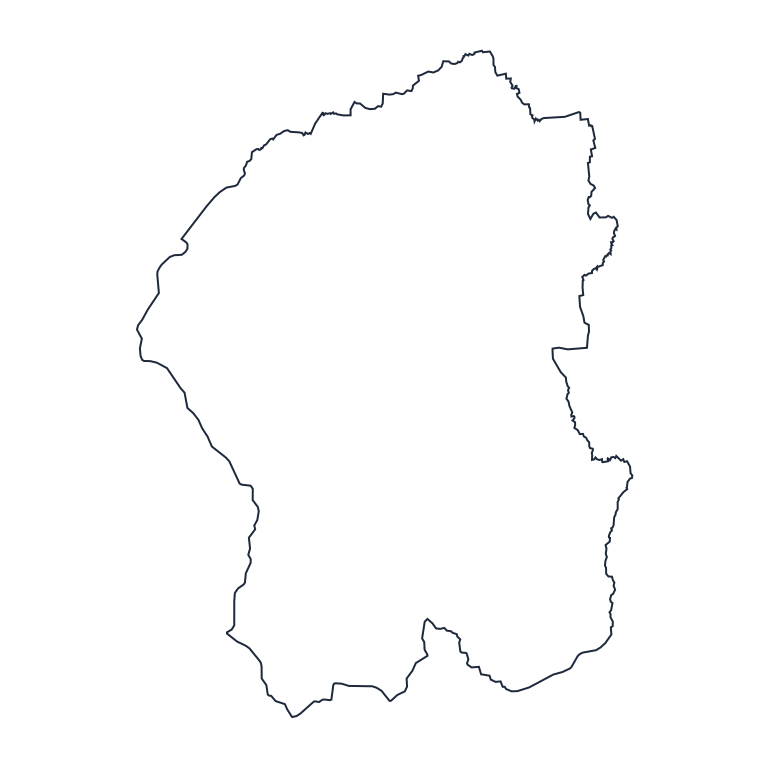 the district of Na Yong, Trang, Thailand, rotated 178°
{"feature_id": "78962969B91154230125686", "entity_name": "Na Yong", "entity_type": "district", "adm_level": 2, "iso_a3": "THA", "parent_name": "Thailand", "parent_adm1": "Trang", "projection": "equal_earth", "projection_center": [99.716, 7.559], "detail": "fine", "context": "isolated", "style": "outline", "palette": "slate", "viewbox_px": 768, "rotation_deg": 178, "n_neighbors": 0, "source": "geoboundaries", "source_scale": "gbopen_adm2", "svg_char_len": 6116}
<svg xmlns="http://www.w3.org/2000/svg" viewBox="0 0 768 768"><g transform="rotate(178 384 384)"><path d="M145.8,539.7L148.6,543.1L150.3,542.1L154.2,544.2L156.5,542.8L162.8,542.9L166.2,548.0L168.8,546.8L172.0,541.7L174.2,546.8L173.5,553.2L172.1,555.4L173.4,556.5L174.0,560.8L172.9,563.7L172.0,563.4L170.4,564.7L169.9,568.8L166.2,572.5L167.6,575.1L170.7,576.8L172.6,580.3L171.6,584.1L172.5,597.8L170.5,598.4L170.3,604.0L168.1,604.3L169.1,611.2L164.6,612.5L166.3,620.1L164.6,621.6L166.9,634.5L167.9,634.4L168.4,635.4L170.0,635.0L171.0,641.7L178.3,641.2L178.4,648.1L179.6,649.0L194.0,644.7L215.0,644.2L217.5,643.3L219.1,641.3L219.6,642.3L221.0,641.8L221.3,643.1L222.5,642.8L223.0,643.8L224.4,641.2L224.6,643.2L226.4,644.6L226.8,646.3L226.2,647.3L228.3,648.4L228.4,654.6L229.3,655.4L229.4,658.5L234.1,658.6L236.1,660.2L237.4,663.2L240.5,666.7L241.0,669.3L238.5,670.2L239.1,674.0L241.5,675.1L241.1,677.3L241.8,677.3L243.6,674.5L246.0,675.1L246.1,675.9L245.1,677.6L247.3,681.5L246.6,684.9L251.2,684.9L251.4,689.9L259.9,688.2L261.9,691.9L262.0,696.8L263.5,699.2L263.2,705.2L263.9,707.8L266.6,712.6L273.5,712.1L274.5,713.6L282.0,712.1L282.2,710.6L284.4,709.7L287.2,711.0L288.2,709.3L291.1,710.8L291.9,709.2L293.1,708.9L293.0,707.7L294.1,706.6L294.8,704.4L296.9,702.8L298.6,703.5L299.5,702.2L302.3,701.3L305.8,702.0L307.8,704.1L313.5,704.5L315.3,699.0L318.9,695.5L323.8,693.6L328.9,694.7L336.1,691.5L339.1,690.9L338.5,685.8L344.7,681.2L344.9,678.5L346.3,675.8L350.7,676.6L353.9,673.5L355.8,673.0L362.1,674.8L364.5,673.4L368.4,673.0L374.7,674.1L375.5,664.4L377.2,661.2L380.2,661.9L383.5,659.4L388.6,659.2L393.1,660.6L398.1,665.1L401.6,665.4L403.6,666.9L407.8,659.8L408.0,653.7L414.9,653.8L421.3,655.1L422.5,656.1L424.6,655.8L425.3,657.2L427.8,655.8L428.3,656.5L431.3,656.0L432.9,656.6L434.8,654.7L435.7,655.5L435.3,656.9L436.0,657.2L443.7,646.7L448.5,636.5L449.7,637.4L451.3,636.5L453.7,638.1L454.7,635.8L455.6,635.3L456.9,637.6L459.9,638.4L468.8,639.3L471.3,641.0L475.0,640.3L479.1,637.7L482.7,636.7L486.2,632.3L487.0,633.2L489.1,632.7L493.5,627.5L495.5,626.7L497.3,623.9L498.4,624.1L498.8,622.9L500.5,622.2L501.5,623.3L503.3,623.1L507.9,620.3L508.8,613.3L510.8,611.5L513.0,610.9L514.4,607.1L516.5,604.7L516.6,602.4L515.6,599.3L516.4,597.3L519.9,594.8L523.4,588.5L525.7,587.2L534.6,585.8L541.3,581.6L546.9,576.7L555.1,567.8L581.3,536.0L576.6,532.4L575.5,530.4L575.7,526.1L577.9,522.9L581.6,520.2L589.2,520.0L593.7,518.4L602.1,511.0L604.2,508.2L606.3,504.6L606.8,501.6L605.8,482.8L617.4,466.7L623.5,456.5L627.7,451.3L629.0,447.1L624.4,437.7L626.7,428.2L626.3,420.3L624.7,416.4L623.0,415.4L616.7,415.0L610.2,413.2L600.3,407.4L587.5,387.0L583.6,382.2L581.3,366.9L575.7,361.6L570.7,354.6L567.3,346.1L562.1,337.5L558.2,327.5L544.7,316.1L541.3,312.2L531.8,289.6L529.9,288.4L520.8,287.0L518.8,283.8L519.3,272.6L514.4,265.5L513.6,261.2L515.4,252.4L518.6,247.1L517.8,243.3L524.4,235.1L523.6,224.2L525.6,218.0L523.3,213.6L523.5,209.9L528.7,199.7L529.9,190.4L531.3,188.5L537.1,184.7L540.3,180.4L541.2,172.6L542.1,148.0L544.8,143.9L549.6,141.3L549.6,140.0L539.9,131.8L531.4,127.3L527.7,124.5L518.0,111.7L516.8,109.6L516.2,106.1L516.5,93.9L512.1,87.2L511.0,77.8L510.2,76.8L507.6,76.2L503.4,70.9L494.2,67.5L492.2,62.4L487.5,54.4L483.0,55.2L479.4,57.3L465.4,68.9L464.1,69.3L460.1,68.4L456.6,70.6L454.6,70.8L449.2,69.9L447.6,70.4L445.2,84.8L444.5,86.1L443.2,86.6L436.9,86.0L429.7,83.5L406.2,82.3L402.0,80.7L397.2,77.5L389.5,67.1L387.9,67.3L381.6,72.7L373.9,76.1L371.5,80.8L371.7,88.8L365.7,96.3L361.9,104.0L350.1,110.8L350.1,112.0L352.7,117.1L352.8,124.7L354.8,128.4L351.6,145.0L348.8,147.7L344.0,143.2L340.5,137.9L336.4,137.3L332.2,138.1L329.8,135.3L325.7,134.6L324.2,133.0L320.0,131.4L319.6,129.2L316.7,126.1L317.9,122.9L317.0,114.0L315.7,112.9L311.4,112.4L310.7,111.5L309.3,105.9L310.8,101.9L310.2,100.5L306.3,97.7L299.0,98.0L297.1,90.5L288.7,88.8L287.6,84.9L282.9,82.4L277.9,82.7L275.9,77.2L274.0,77.2L272.6,74.9L267.2,72.4L261.4,72.4L249.5,75.7L225.0,87.7L215.8,89.9L208.3,93.1L206.7,94.4L200.0,105.2L198.0,107.1L194.8,108.6L181.3,110.6L176.7,113.2L171.9,117.3L165.5,125.7L165.8,132.9L163.9,134.0L163.6,138.4L165.8,143.1L165.6,146.3L166.6,148.0L164.9,150.0L163.3,157.2L164.8,158.3L165.6,160.9L164.3,165.1L162.4,166.2L160.2,170.4L161.6,174.3L160.7,177.5L162.1,180.0L162.9,183.5L166.4,183.8L168.6,186.6L168.5,192.6L169.5,194.8L168.8,199.8L167.3,203.3L168.3,206.5L167.4,211.7L168.2,215.3L163.9,218.6L163.5,222.3L164.5,222.8L164.6,224.2L163.2,227.7L161.2,229.9L162.0,231.8L160.6,232.6L159.5,234.8L158.6,242.8L157.1,245.5L156.8,247.7L154.8,250.9L154.6,257.9L153.3,260.4L153.8,261.5L148.6,267.5L144.6,270.5L145.3,271.9L144.7,272.7L144.1,277.5L141.4,280.9L139.5,281.4L139.0,283.8L140.7,286.2L141.0,292.9L143.8,298.3L146.5,297.7L147.6,300.5L149.8,299.1L154.4,304.0L155.4,301.9L157.1,303.0L159.4,302.8L160.7,300.1L162.9,301.9L163.2,301.3L162.6,299.0L168.0,298.2L168.6,298.4L168.8,301.3L171.2,300.5L173.8,301.4L175.2,303.2L176.6,301.3L178.8,300.9L178.4,305.6L178.8,307.7L177.5,310.7L177.6,312.0L180.4,312.8L181.0,314.6L181.0,318.6L183.0,321.0L183.8,323.2L186.1,324.6L186.9,327.2L190.1,327.1L192.0,331.2L195.3,333.5L194.4,336.2L194.4,339.1L196.9,341.0L195.0,342.9L194.8,344.6L195.4,345.3L197.8,344.9L198.0,346.6L196.8,348.9L199.4,355.4L200.2,360.0L202.2,362.9L201.0,367.3L199.6,368.7L200.3,371.4L199.1,373.7L200.5,375.4L201.8,380.1L202.0,384.1L206.9,389.6L214.3,403.4L214.4,411.4L214.3,413.5L207.8,414.2L199.1,412.2L179.9,413.1L178.5,425.3L177.3,429.1L177.3,435.9L181.5,438.3L182.4,444.8L185.4,454.3L185.7,465.1L181.8,465.9L182.2,473.5L181.7,480.5L181.0,480.9L182.1,484.0L179.8,486.1L178.4,485.3L175.5,487.3L172.3,487.6L172.1,489.9L170.3,491.6L168.4,492.4L167.2,490.8L166.8,491.9L167.2,493.4L166.6,494.2L166.1,493.6L161.2,495.2L161.2,497.1L159.8,498.7L160.6,500.2L158.5,504.0L157.4,503.7L157.1,504.6L155.9,504.7L155.9,505.8L154.6,507.0L153.0,505.9L153.1,508.3L152.3,509.6L153.1,510.4L152.1,511.9L152.1,514.3L150.9,514.8L152.0,516.5L152.0,517.9L150.5,517.6L149.5,518.6L150.7,521.1L150.1,522.5L147.9,523.8L149.0,526.9L148.6,528.8L147.3,531.0L146.3,530.2L146.3,532.4L144.9,533.4L145.8,539.7Z" fill="none" stroke="#1e293b" stroke-width="2"/></g></svg>